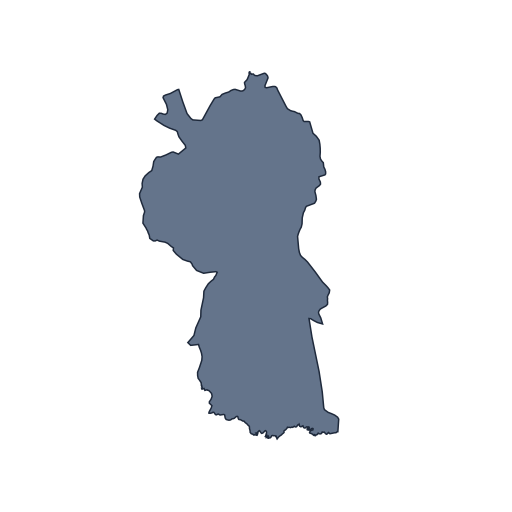 outline of Ezeris, Caras-Severin, Romania, rotated 34°
{"feature_id": "2599482B45431507680180", "entity_name": "Ezeris", "entity_type": "district", "adm_level": 2, "iso_a3": "ROU", "parent_name": "Romania", "parent_adm1": "Caras-Severin", "projection": "natural_earth1", "projection_center": [21.931, 45.399], "detail": "fine", "context": "isolated", "style": "filled", "palette": "slate", "viewbox_px": 512, "rotation_deg": 34, "n_neighbors": 0, "source": "geoboundaries", "source_scale": "gbopen_adm2", "svg_char_len": 6071}
<svg xmlns="http://www.w3.org/2000/svg" viewBox="0 0 512 512"><g transform="rotate(34 256 256)"><path d="M422.1,355.9L415.8,345.0L413.8,344.0L410.2,343.9L406.7,344.5L403.2,345.3L398.7,345.1L397.1,344.0L386.9,331.6L372.9,316.5L347.7,291.9L334.9,278.2L336.4,277.4L339.5,277.3L344.0,276.8L349.2,275.1L344.3,271.1L340.6,269.0L339.6,268.1L339.1,267.2L338.9,266.0L338.9,264.4L339.5,262.9L341.9,258.3L342.3,256.1L341.4,254.5L340.0,252.8L339.2,251.3L338.0,250.0L337.6,248.2L337.3,245.6L336.1,243.0L333.2,242.0L330.8,241.4L325.7,240.4L314.0,236.1L302.1,232.2L298.6,231.5L295.1,231.2L292.6,230.6L290.1,228.9L287.3,226.1L279.5,216.5L278.7,214.1L278.1,211.7L277.6,209.3L277.4,206.8L276.2,203.6L273.0,198.5L271.1,193.6L270.8,190.8L270.0,188.2L270.0,186.6L275.0,179.5L274.9,177.0L274.4,175.2L271.8,172.3L268.8,169.7L268.0,168.0L267.8,166.1L269.2,162.1L269.3,160.3L268.0,158.7L265.0,156.9L263.9,155.1L267.8,150.2L267.8,149.0L266.7,147.3L264.7,145.6L262.4,144.3L259.6,141.0L257.5,140.5L255.6,139.7L255.2,139.5L253.3,137.6L251.3,134.1L249.0,130.8L246.5,127.7L243.6,124.7L239.0,123.0L234.6,122.4L225.5,114.8L224.2,115.2L220.7,117.6L219.4,117.4L217.0,115.5L214.4,113.9L212.4,113.5L211.0,114.3L207.1,114.8L205.2,115.6L203.2,116.2L199.7,116.3L197.3,115.2L181.1,106.3L179.3,105.0L177.5,104.7L176.2,105.3L175.0,106.2L170.7,110.6L169.3,111.1L168.2,109.9L166.4,101.7L166.0,101.2L164.9,100.3L164.2,100.0L161.9,99.4L160.7,99.8L156.3,105.9L154.1,107.0L153.5,107.0L152.1,106.6L151.6,106.9L150.6,107.9L149.7,107.5L149.4,107.8L148.6,107.7L148.1,106.8L147.6,107.0L147.6,107.5L148.0,108.3L148.8,109.0L149.6,112.6L150.0,114.8L149.4,118.5L150.2,119.5L151.8,120.8L153.2,122.3L153.4,123.3L153.4,124.3L153.2,125.2L152.7,126.5L151.2,127.8L145.5,129.5L144.2,130.6L142.7,132.8L141.7,135.3L139.5,138.0L137.5,141.0L137.1,144.2L133.7,147.7L133.5,149.3L133.9,157.1L135.4,173.0L134.5,174.5L127.5,178.5L125.1,178.4L119.2,176.5L108.9,169.0L98.8,161.1L97.9,162.0L94.1,169.2L91.0,173.1L89.9,175.1L90.4,176.7L97.0,180.4L101.1,184.1L102.4,187.2L101.7,189.3L99.8,190.2L97.6,190.7L96.0,191.7L95.4,194.8L95.4,199.2L98.1,199.4L106.7,199.2L113.0,198.3L119.2,196.7L121.2,196.9L123.3,198.7L125.5,200.3L130.5,202.2L135.5,203.8L137.4,205.7L134.7,214.9L129.1,216.1L127.9,217.3L124.9,222.5L121.5,227.4L119.7,228.4L118.9,229.0L118.3,229.9L118.3,232.2L118.4,234.9L120.4,239.1L121.8,243.5L120.5,246.7L119.3,251.6L119.4,255.5L121.0,259.5L123.3,262.5L124.6,269.4L126.6,272.1L131.5,275.9L138.1,280.6L138.8,281.4L139.2,282.3L139.6,283.8L140.1,285.5L143.9,292.0L149.4,294.4L150.6,295.2L151.9,295.7L153.7,297.1L155.7,298.3L158.1,300.8L162.4,300.9L164.0,299.9L165.1,298.1L167.6,297.7L172.8,295.4L175.8,294.9L180.6,295.5L183.0,295.4L184.3,297.7L188.9,299.0L197.2,299.8L201.9,298.6L204.9,297.5L207.8,298.6L208.8,299.5L214.8,301.2L222.2,299.6L227.2,295.0L231.5,291.4L232.9,291.2L233.6,294.6L233.4,296.7L233.8,299.1L232.8,302.2L232.0,305.7L232.1,310.4L232.5,314.3L235.9,320.0L240.6,331.6L244.2,337.3L246.3,349.2L249.0,356.6L247.9,365.9L251.8,366.6L257.8,361.5L260.1,363.4L262.7,365.1L265.1,367.0L267.6,369.6L269.4,372.8L271.5,380.2L272.6,385.1L274.5,387.8L276.5,389.8L277.8,390.2L281.4,391.7L282.4,393.0L283.6,393.9L283.4,394.1L285.3,395.4L284.8,396.0L285.7,396.6L287.0,394.9L288.8,396.0L289.9,394.6L290.3,394.3L290.7,394.4L292.3,393.9L296.0,394.8L298.1,396.8L298.9,400.1L298.8,402.8L299.6,404.1L303.1,404.7L303.9,407.1L304.2,410.5L304.4,411.8L304.8,412.6L305.9,412.1L307.3,410.6L307.6,409.7L308.0,409.4L308.5,409.2L311.0,410.1L311.7,410.0L312.1,409.7L312.7,408.6L313.1,408.1L314.9,408.0L315.4,407.7L317.6,405.6L318.2,405.3L318.9,405.3L321.0,407.5L322.3,408.1L322.8,408.2L324.9,407.5L325.6,407.1L326.6,406.1L327.3,404.2L328.1,403.6L328.8,402.6L329.3,400.5L329.6,399.9L330.2,399.4L330.5,399.3L330.8,399.4L332.0,400.5L333.0,401.1L333.6,401.0L334.5,400.4L337.4,400.2L338.4,399.6L340.0,400.1L342.6,400.3L344.3,400.8L345.2,400.8L346.1,401.3L346.9,402.5L348.9,404.3L349.8,405.5L351.5,406.0L353.1,405.5L353.9,405.7L354.3,405.7L354.5,405.6L354.5,405.0L357.1,404.1L357.1,403.6L357.0,403.2L356.1,403.3L354.9,402.9L355.5,402.3L356.0,402.2L356.6,401.8L356.6,401.6L356.3,401.4L355.9,401.2L356.3,399.1L356.4,398.9L356.7,398.9L359.1,399.8L359.9,399.9L360.6,399.0L360.9,398.1L361.2,395.9L361.4,395.6L361.6,395.4L362.9,395.8L363.8,396.9L363.8,397.5L364.0,397.8L364.7,398.2L364.2,398.5L364.7,400.1L364.7,400.5L364.9,400.5L365.5,400.1L365.4,399.7L365.5,399.6L366.0,400.4L366.2,399.6L366.9,399.2L366.8,398.4L367.2,398.5L367.4,400.3L368.0,400.3L368.3,400.1L368.8,399.3L369.6,398.6L369.6,397.6L369.8,397.2L369.5,396.2L370.2,395.4L371.3,395.1L372.1,394.4L373.1,394.1L373.2,394.5L373.4,394.7L373.7,394.7L373.9,394.4L375.6,395.8L375.8,395.9L375.9,393.6L376.4,391.8L377.1,390.2L377.4,388.5L377.8,387.4L377.9,386.6L377.1,385.6L377.1,384.8L377.6,383.9L377.8,383.1L378.0,381.2L377.8,380.4L378.5,380.2L379.4,379.4L380.7,378.9L381.1,378.2L381.4,377.8L381.8,377.6L382.3,377.5L382.4,377.2L382.7,376.2L383.0,375.7L383.9,375.8L384.7,375.4L385.1,374.7L385.1,372.7L385.2,372.4L385.5,372.4L385.9,372.1L385.8,371.3L386.0,371.4L386.4,372.1L387.5,372.7L388.8,372.5L389.8,370.5L390.1,370.6L390.4,371.0L391.4,371.6L392.3,371.5L393.0,371.0L393.5,369.3L393.7,369.1L394.2,369.2L394.9,368.7L394.9,368.4L395.8,368.2L396.4,368.9L396.4,369.1L396.1,369.4L395.9,369.8L395.6,369.7L395.2,369.9L395.2,370.2L395.0,370.5L395.3,371.1L395.7,371.4L397.1,370.8L397.2,370.2L397.4,370.0L397.8,369.9L398.0,370.1L398.4,369.7L398.5,369.2L398.4,368.2L399.4,367.2L400.0,367.3L400.4,368.4L399.8,369.1L399.6,369.5L399.0,369.6L398.9,369.8L399.0,372.1L399.2,372.5L399.7,372.7L401.0,372.3L402.8,372.1L403.7,372.4L404.6,372.3L404.7,371.9L404.2,371.7L404.3,371.4L404.8,371.4L405.4,371.8L405.8,371.7L405.9,370.9L405.9,370.6L406.6,369.8L406.5,369.4L406.6,368.7L406.6,368.1L407.6,368.2L409.2,367.2L409.5,366.4L409.3,365.4L409.3,364.9L410.0,364.9L410.9,363.9L411.1,363.8L412.9,364.4L413.8,364.4L414.2,364.3L414.4,364.0L414.5,363.6L414.5,363.1L414.8,361.7L415.1,361.7L415.4,362.1L415.6,362.1L416.7,362.0L419.9,358.7L421.1,357.8L421.4,357.1L421.5,356.3L422.1,355.9Z" fill="#64748b" stroke="#1e293b" stroke-width="1.5"/></g></svg>